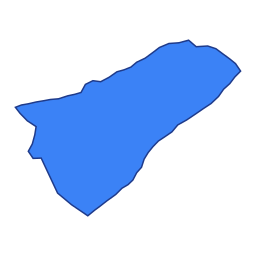 Mesquita, Rio de Janeiro, Brazil
{"feature_id": "56859067B83991596401746", "entity_name": "Mesquita", "entity_type": "district", "adm_level": 2, "iso_a3": "BRA", "parent_name": "Brazil", "parent_adm1": "Rio de Janeiro", "projection": "orthographic", "projection_center": [-43.451, -22.803], "detail": "fine", "context": "isolated", "style": "filled", "palette": "blue", "viewbox_px": 256, "rotation_deg": 0, "n_neighbors": 0, "source": "geoboundaries", "source_scale": "gbopen_adm2", "svg_char_len": 891}
<svg xmlns="http://www.w3.org/2000/svg" viewBox="0 0 256 256"><path d="M207.7,46.0L196.2,46.7L188.6,40.2L178.8,42.8L168.9,43.5L159.4,47.5L152.6,52.7L145.1,58.2L136.7,62.2L130.9,67.1L123.8,69.9L116.9,71.8L109.2,77.2L100.7,81.7L92.9,80.7L85.4,84.4L81.0,92.5L74.8,94.3L67.8,95.8L58.5,98.8L50.3,99.5L43.9,100.7L36.1,102.0L28.3,103.8L21.4,105.0L15.4,107.3L20.1,113.4L27.3,120.8L36.1,126.6L34.8,134.8L32.3,144.0L28.3,151.3L33.1,158.4L41.2,158.1L44.6,165.4L57.6,193.1L71.5,204.7L87.8,215.8L94.5,210.3L99.9,206.3L106.8,200.9L115.7,194.5L122.0,188.2L128.1,184.6L132.9,180.0L136.7,172.7L141.5,167.3L144.1,159.2L148.2,152.5L153.0,146.6L158.4,141.0L164.3,137.1L171.9,131.9L177.8,124.9L186.6,120.0L196.4,113.4L203.2,108.7L211.1,103.5L218.5,96.5L223.6,89.2L229.8,83.6L234.8,77.0L240.6,71.1L235.5,63.6L229.7,58.9L222.6,53.7L215.9,48.7L207.7,46.0Z" fill="#3b82f6" stroke="#1e3a8a" stroke-width="1.5"/></svg>